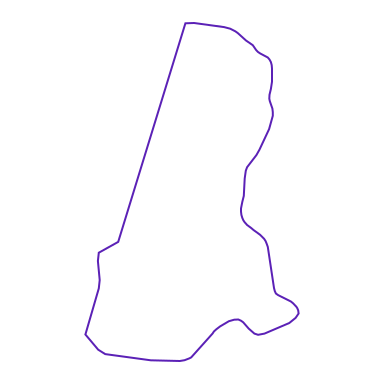 map outline of Tel Aviv (Natural Earth projection)
{"feature_id": "ISR-3057", "entity_name": "Tel Aviv", "entity_type": "District", "adm_level": 1, "iso_a3": "ISR", "parent_name": "Israel", "parent_adm1": "", "projection": "natural_earth1", "projection_center": [34.837, 32.095], "detail": "fine", "context": "isolated", "style": "outline", "palette": "violet", "viewbox_px": 384, "rotation_deg": 0, "n_neighbors": 0, "source": "natural_earth", "source_scale": "10m", "svg_char_len": 1167}
<svg xmlns="http://www.w3.org/2000/svg" viewBox="0 0 384 384"><path d="M85.4,334.5L98.8,288.4L99.7,280.1L97.9,261.0L98.8,252.7L118.2,241.9L185.4,23.3L194.1,23.0L224.1,27.1L230.2,28.7L235.3,31.3L237.7,33.0L246.0,40.5L252.8,45.2L256.1,50.0L257.9,51.9L260.1,53.4L267.8,57.5L269.5,59.5L270.9,62.1L271.7,65.1L272.0,68.6L272.0,81.7L270.9,88.9L269.5,94.8L269.3,98.7L269.8,101.1L272.4,108.6L272.8,112.1L272.8,115.8L269.1,129.1L259.4,149.8L256.4,155.1L247.1,167.2L245.8,170.7L244.7,178.5L243.8,195.9L242.3,201.9L241.0,208.5L241.0,211.6L241.4,214.9L242.3,217.9L243.4,220.4L244.7,222.3L245.8,223.5L247.1,225.0L251.3,228.1L253.5,230.0L260.1,234.8L264.1,238.8L265.6,241.1L266.7,243.8L267.8,246.9L274.0,288.0L274.8,291.1L275.9,293.5L278.1,295.1L290.9,301.5L293.1,303.3L296.4,306.8L297.3,308.2L298.2,310.4L298.6,313.5L295.6,317.9L289.3,323.0L264.5,333.6L258.1,334.8L254.4,333.6L248.7,328.6L243.2,322.3L241.0,320.7L238.3,319.5L234.2,319.7L228.9,321.2L220.1,326.4L216.3,329.3L213.9,331.5L212.6,333.5L191.2,357.4L191.0,357.5L190.6,357.7L189.5,358.3L184.6,360.2L179.8,361.0L150.8,360.3L105.2,354.1L98.2,349.7L85.4,334.5L85.4,334.5Z" fill="none" stroke="#5b21b6" stroke-width="2"/></svg>